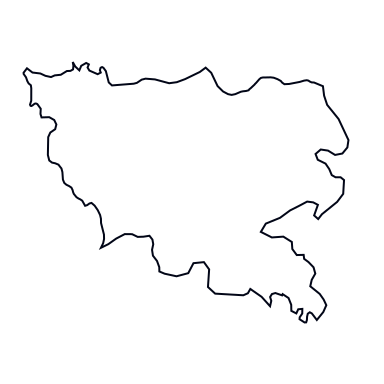 an SVG outline of Bács-Kiskun, rotated 86°
{"feature_id": "HUN-3161", "entity_name": "Bács-Kiskun", "entity_type": "County", "adm_level": 1, "iso_a3": "HUN", "parent_name": "Hungary", "parent_adm1": "", "projection": "natural_earth1", "projection_center": [19.36, 46.529], "detail": "fine", "context": "isolated", "style": "outline", "palette": "ink", "viewbox_px": 384, "rotation_deg": 86, "n_neighbors": 0, "source": "natural_earth", "source_scale": "10m", "svg_char_len": 2732}
<svg xmlns="http://www.w3.org/2000/svg" viewBox="0 0 384 384"><g transform="rotate(86 192 192)"><path d="M241.3,286.7L236.9,284.2L232.7,283.0L228.3,282.8L216.6,284.9L212.3,284.7L208.5,285.3L203.5,287.3L198.8,290.1L195.9,293.0L196.3,295.1L197.8,297.5L198.3,299.6L193.0,302.1L191.6,303.9L190.5,305.8L189.1,307.6L185.7,310.0L183.9,310.6L181.7,311.0L179.2,312.0L177.5,314.2L176.0,316.8L174.0,318.8L170.6,319.9L163.1,319.9L159.4,320.6L157.7,321.8L155.4,323.3L153.8,326.5L152.9,329.6L150.6,332.2L145.0,333.2L127.2,331.6L122.8,329.2L119.8,324.1L115.2,322.6L110.6,324.4L107.4,329.2L107.1,336.9L103.6,337.7L98.4,337.1L93.6,340.1L93.0,341.0L92.8,342.0L93.0,342.9L94.5,345.1L95.0,346.2L94.8,347.0L93.6,347.5L89.7,346.0L77.3,345.1L74.3,345.3L72.3,347.4L70.0,348.5L66.0,349.6L62.5,351.7L61.3,351.7L57.1,348.0L61.7,342.8L63.2,335.0L65.9,330.1L67.5,324.6L66.1,320.8L65.9,314.7L62.6,308.4L62.7,304.8L61.4,302.1L57.8,301.5L54.0,301.9L58.7,299.7L62.8,295.9L58.4,293.7L55.9,288.6L57.5,286.0L60.5,287.5L63.7,285.9L67.9,277.9L66.5,274.7L64.0,275.4L61.7,274.5L61.1,273.0L61.9,271.7L65.4,269.5L76.9,267.4L80.1,264.4L79.9,242.6L79.3,239.4L76.4,234.3L75.7,230.4L77.1,221.1L81.9,207.2L81.4,199.5L78.9,191.0L72.8,175.8L68.9,169.7L74.4,164.5L88.1,159.1L93.9,154.0L96.9,149.2L97.9,145.7L97.4,142.0L95.4,136.3L95.1,134.1L95.0,131.1L94.5,128.5L93.3,127.4L92.7,126.4L89.2,122.1L88.4,121.4L87.7,120.5L84.2,117.0L83.0,115.3L82.7,113.3L82.9,109.9L83.1,105.6L83.7,102.5L85.4,98.8L87.4,95.7L89.2,94.4L90.9,92.3L91.0,87.5L89.7,76.8L88.7,72.4L88.5,69.7L89.0,68.1L90.1,66.7L91.0,65.0L91.3,62.6L95.6,54.0L105.1,53.5L114.5,51.1L129.4,40.7L151.1,32.3L158.4,33.9L164.1,39.3L165.0,46.7L160.2,53.4L158.6,60.6L162.7,66.1L168.6,64.3L173.0,56.8L178.7,53.5L184.9,51.4L187.3,47.8L187.7,42.7L190.7,39.5L204.4,41.3L212.0,47.9L223.2,63.9L227.8,68.0L223.9,71.8L213.6,67.3L210.8,71.8L209.6,77.8L213.2,85.9L217.2,95.4L223.9,106.0L228.7,120.6L236.6,126.1L242.9,115.5L242.9,104.0L248.8,95.9L255.9,95.9L262.2,91.9L262.5,85.0L266.5,84.8L270.0,80.7L275.6,76.0L282.0,74.7L288.0,78.7L294.3,80.6L302.6,71.7L308.4,68.2L314.3,65.9L320.9,69.4L328.4,76.4L321.5,80.9L320.2,82.9L321.5,85.0L324.4,85.9L327.7,86.3L330.0,87.2L330.0,88.8L326.4,93.6L324.5,93.3L320.9,90.5L316.3,90.1L316.4,94.2L320.4,96.4L317.5,101.2L311.4,100.9L304.5,103.1L300.2,108.7L301.4,109.3L298.6,115.9L299.4,119.4L302.2,121.4L306.1,120.5L311.4,122.1L301.4,129.9L292.8,140.6L296.9,143.3L298.6,148.0L295.0,176.0L287.9,182.7L270.4,180.3L262.8,185.0L263.1,195.5L272.7,201.4L275.0,213.3L271.6,225.0L269.0,230.1L264.7,229.9L258.4,231.7L252.8,235.4L246.9,235.9L241.4,234.3L236.7,234.8L232.7,237.5L233.2,243.5L233.0,249.3L229.9,254.7L229.3,262.0L233.2,270.9L238.2,279.1L241.3,286.7Z" fill="none" stroke="#020617" stroke-width="2"/></g></svg>